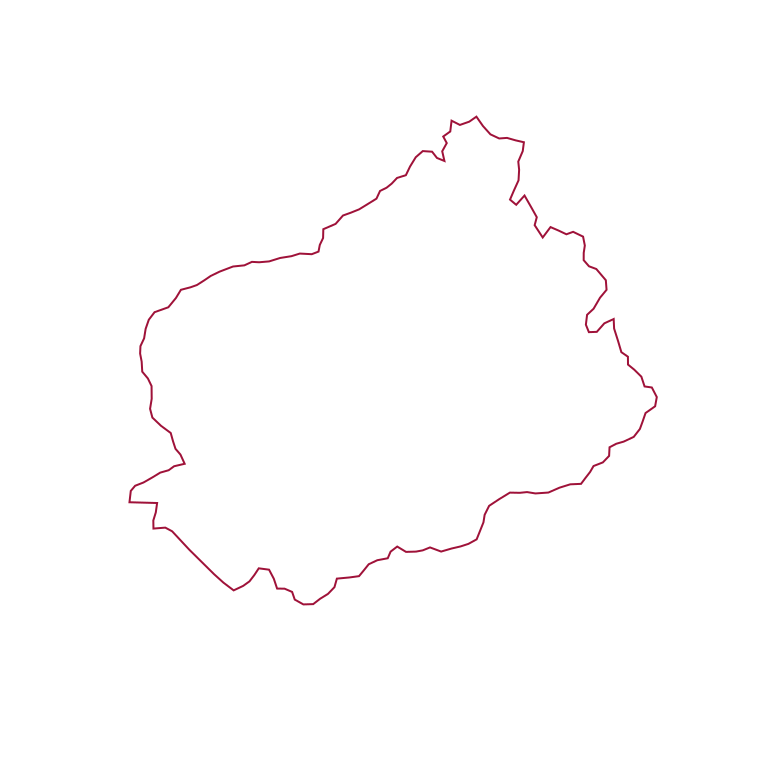 the district of Lauro Müller, Santa Catarina, Brazil, rotated 137°
{"feature_id": "56859067B67423545174", "entity_name": "Lauro Müller", "entity_type": "district", "adm_level": 2, "iso_a3": "BRA", "parent_name": "Brazil", "parent_adm1": "Santa Catarina", "projection": "orthographic", "projection_center": [-49.459, -28.384], "detail": "fine", "context": "isolated", "style": "outline", "palette": "rose", "viewbox_px": 768, "rotation_deg": 137, "n_neighbors": 0, "source": "geoboundaries", "source_scale": "gbopen_adm2", "svg_char_len": 2458}
<svg xmlns="http://www.w3.org/2000/svg" viewBox="0 0 768 768"><g transform="rotate(137 384 384)"><path d="M190.4,521.1L196.8,527.9L206.1,528.2L216.6,525.3L225.6,521.8L233.9,525.8L241.7,525.3L248.3,525.8L255.2,527.9L263.1,524.7L272.7,526.6L283.1,528.7L291.4,531.9L299.1,535.2L310.2,534.1L322.8,538.6L329.0,532.3L336.1,529.5L341.6,525.5L348.3,528.2L356.6,536.8L364.5,540.6L374.0,547.0L384.4,552.0L392.3,558.2L397.3,563.4L405.2,566.0L414.3,572.9L427.6,578.3L437.0,581.2L444.8,582.4L453.4,584.0L459.6,586.7L468.3,591.4L477.5,588.8L489.4,587.2L502.8,593.0L512.2,591.4L520.7,586.9L528.3,581.0L536.3,577.8L541.6,572.6L546.0,565.6L552.4,557.9L552.9,549.1L555.4,541.0L564.0,531.6L572.0,525.4L576.3,517.4L575.6,505.5L573.4,493.6L577.3,486.1L580.7,478.8L581.0,471.2L584.2,461.6L593.6,467.0L600.3,467.8L608.1,471.8L616.9,473.6L627.1,476.0L635.4,479.3L642.1,478.5L650.8,471.1L631.1,451.7L638.5,445.7L645.8,441.5L651.2,435.5L641.9,428.1L639.4,420.8L639.4,395.3L638.0,361.0L636.9,348.2L634.7,335.6L624.7,332.4L617.0,331.4L609.2,332.7L601.3,334.6L594.7,326.6L597.4,316.7L601.7,307.3L596.3,302.1L593.0,294.6L596.3,287.2L593.3,277.8L585.9,271.3L577.2,270.5L568.1,268.7L558.8,269.2L551.2,273.8L541.1,266.0L533.3,260.5L525.7,261.5L518.1,262.6L509.1,259.7L500.1,254.0L493.5,256.9L485.2,256.1L482.4,246.2L474.9,239.6L469.1,235.9L461.8,233.1L456.5,222.5L446.8,217.6L438.8,213.0L431.3,209.5L422.2,207.2L414.3,210.9L405.6,215.0L399.6,219.7L390.2,223.2L378.2,221.2L366.0,218.7L358.9,211.8L353.1,207.4L347.9,200.7L337.8,192.5L326.4,188.5L316.2,183.6L308.0,176.6L300.7,177.9L293.3,179.1L286.7,181.1L277.4,177.4L268.4,177.9L262.2,183.9L254.9,181.9L248.0,178.4L237.4,175.0L227.5,176.6L220.8,180.0L212.5,184.4L200.9,182.8L193.4,188.4L190.5,198.8L195.1,204.5L190.8,213.8L191.2,223.7L192.3,231.8L187.0,237.6L188.7,245.4L183.6,255.6L177.9,267.6L171.7,274.9L181.5,278.1L192.8,277.0L198.8,282.2L195.9,289.7L188.3,296.1L179.4,296.1L167.1,299.8L157.0,301.1L151.0,308.6L150.3,323.3L153.8,330.3L153.5,338.4L148.5,343.7L142.7,348.3L137.9,356.0L141.9,366.3L148.5,369.1L151.7,377.2L155.2,385.2L168.0,382.9L165.5,397.4L158.5,401.8L155.9,412.4L152.7,426.0L165.1,424.9L166.1,432.9L157.5,436.7L146.7,441.2L139.1,448.5L134.1,455.1L123.7,459.7L116.8,465.4L121.5,472.3L126.2,480.1L132.3,485.0L135.9,494.0L135.7,505.1L134.1,516.5L142.7,517.7L151.8,521.7L155.0,530.5L163.3,523.5L171.9,524.6L173.8,517.4L182.7,514.5L187.7,505.9L191.1,513.2L190.4,521.1Z" fill="none" stroke="#9f1239" stroke-width="2"/></g></svg>